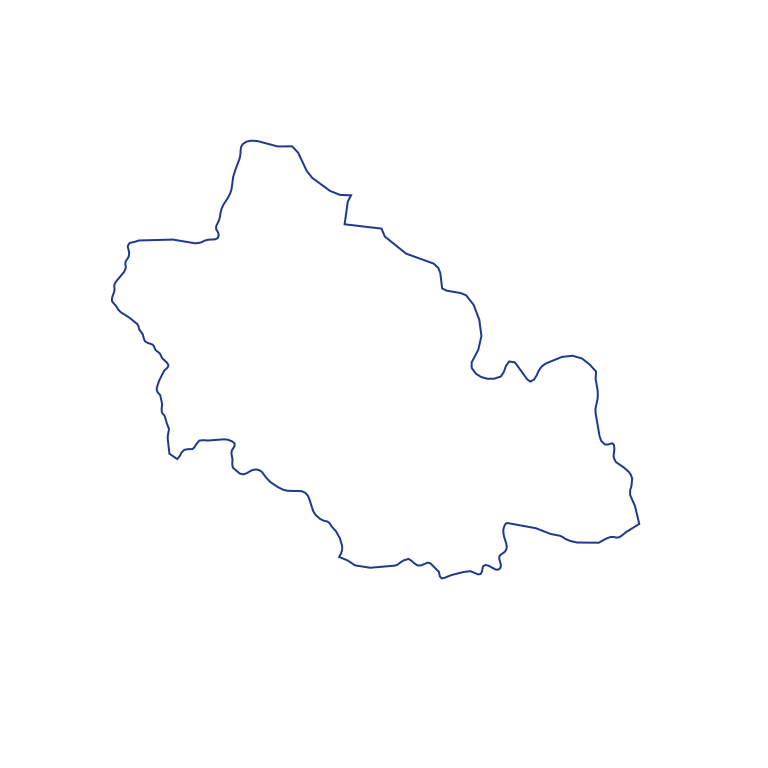 map outline of Allier (Natural Earth projection), rotated 205°
{"feature_id": "FRA-5264", "entity_name": "Allier", "entity_type": "Metropolitan department", "adm_level": 1, "iso_a3": "FRA", "parent_name": "France", "parent_adm1": "", "projection": "natural_earth1", "projection_center": [3.256, 46.375], "detail": "fine", "context": "isolated", "style": "outline", "palette": "blue", "viewbox_px": 768, "rotation_deg": 205, "n_neighbors": 0, "source": "natural_earth", "source_scale": "10m", "svg_char_len": 3885}
<svg xmlns="http://www.w3.org/2000/svg" viewBox="0 0 768 768"><g transform="rotate(205 384 384)"><path d="M347.0,499.1L336.1,493.5L324.8,482.5L316.0,468.7L313.0,454.8L313.7,440.6L311.3,435.6L304.9,432.1L298.8,431.4L292.3,432.5L286.2,435.5L281.3,440.2L280.5,445.3L281.1,451.9L280.1,457.3L274.4,458.9L256.3,448.8L252.4,448.0L249.9,451.5L249.3,456.3L249.4,461.5L248.6,466.2L246.1,470.9L234.2,483.7L225.1,489.3L215.2,490.8L205.4,488.4L197.1,484.9L194.4,478.1L187.5,468.2L185.4,464.0L184.0,460.3L182.0,451.2L179.9,447.0L166.5,427.7L162.9,424.1L158.3,422.6L155.5,423.7L152.2,426.7L150.0,426.1L148.0,423.0L147.0,420.4L145.6,415.9L143.8,413.5L140.8,411.3L131.4,409.7L125.0,407.8L121.9,406.0L119.2,403.3L116.6,396.1L116.0,391.6L114.0,387.4L105.0,379.5L93.5,365.0L102.2,351.8L104.7,346.6L106.1,344.5L108.4,343.0L111.1,342.5L114.1,341.0L117.2,337.9L122.3,330.9L142.1,321.9L148.7,320.5L154.0,320.2L157.3,320.8L160.4,320.8L169.7,318.5L185.3,317.5L213.2,310.2L214.5,309.2L214.9,307.2L214.8,305.2L214.5,303.4L214.0,301.6L212.7,299.3L210.8,296.5L205.9,291.2L203.9,288.3L203.2,285.5L203.7,282.7L206.2,278.4L206.6,276.8L205.9,274.6L202.0,270.0L200.9,267.6L201.1,265.3L202.5,263.7L204.5,263.0L212.2,263.5L215.4,263.0L217.2,260.5L215.9,254.9L216.2,252.6L218.2,251.2L226.6,250.9L232.3,247.3L242.1,239.4L247.4,233.7L249.5,232.2L252.1,233.2L253.3,234.9L255.0,237.0L266.2,241.1L268.9,240.6L273.9,235.1L277.1,233.7L281.2,234.4L284.7,235.5L287.9,235.8L291.5,232.6L293.4,229.8L295.7,225.5L297.7,223.8L318.9,211.6L333.6,207.4L342.3,208.7L351.6,208.3L351.3,212.4L351.6,214.5L352.0,216.3L352.6,217.8L354.0,220.2L358.8,225.5L365.2,230.2L371.6,232.9L374.2,234.7L375.7,235.2L377.4,235.4L380.7,234.6L384.7,234.7L390.5,236.3L394.5,238.9L403.2,248.3L405.9,250.7L409.4,252.1L413.3,252.1L426.6,246.3L431.0,245.6L436.4,245.7L445.5,247.1L450.7,249.1L457.5,252.7L460.6,253.2L463.9,252.5L467.4,249.9L471.2,244.5L473.5,242.6L476.9,241.9L485.5,244.3L487.4,246.7L489.7,252.1L491.7,254.7L493.3,257.4L493.8,260.0L493.4,262.6L493.3,265.2L494.6,267.2L497.8,267.8L502.1,267.5L505.9,266.1L519.8,258.3L524.3,256.6L527.5,254.6L528.7,250.2L529.0,246.9L530.0,244.1L534.1,242.1L537.1,240.0L538.6,236.3L538.6,233.1L539.1,230.4L539.7,228.6L549.0,230.1L557.2,243.5L558.2,246.2L559.3,250.6L560.0,252.6L564.3,256.6L565.2,257.7L569.0,262.0L570.3,262.9L572.0,263.5L573.6,264.8L574.9,267.2L576.6,272.1L582.1,279.3L586.1,281.1L587.3,282.4L588.3,284.6L589.2,291.7L588.9,302.6L588.5,304.3L587.2,307.2L587.0,308.8L587.7,310.3L590.2,311.8L595.6,313.5L596.4,314.0L599.4,316.5L600.8,317.2L604.3,317.9L605.9,318.6L607.0,319.5L608.0,320.5L609.1,321.4L610.6,321.9L615.6,321.4L617.3,321.5L618.9,321.9L620.3,323.1L623.9,327.3L628.9,330.0L629.5,330.7L630.8,332.5L631.9,333.4L633.3,334.2L642.8,336.5L652.8,337.8L656.1,339.0L660.1,341.6L664.5,343.5L665.3,344.0L666.1,345.1L666.8,346.9L667.3,350.1L667.4,353.0L667.9,355.0L668.6,356.6L669.5,358.0L670.3,359.9L670.4,361.9L670.1,363.8L667.0,375.5L666.9,378.4L667.3,380.5L667.9,381.7L668.8,382.9L669.4,384.1L669.9,385.6L669.7,387.6L669.3,390.0L669.3,391.8L669.7,393.4L670.3,394.9L671.2,396.3L672.4,397.9L673.4,399.0L674.0,399.7L674.4,400.7L674.5,402.0L674.3,403.3L673.9,404.5L670.1,407.4L666.8,410.5L636.3,425.7L614.6,431.7L611.6,433.5L609.5,435.2L608.6,436.2L607.7,437.4L606.3,438.9L604.1,440.6L598.4,443.6L596.5,445.7L596.6,448.9L598.0,450.8L599.2,451.8L601.0,452.9L602.0,454.2L602.8,456.2L602.7,462.2L603.3,466.3L604.4,469.7L605.3,474.0L605.3,478.8L604.1,487.0L604.0,492.0L604.5,496.1L608.2,507.9L609.2,514.9L610.1,526.8L610.7,529.8L611.7,532.8L612.9,535.6L613.7,538.8L613.3,542.0L610.8,545.8L606.8,548.6L601.4,550.7L580.6,554.4L567.7,560.6L559.5,557.3L544.3,544.6L536.0,540.4L514.5,536.2L503.7,536.8L493.6,541.1L493.9,534.0L487.2,512.1L451.9,523.8L445.6,518.0L419.1,511.5L390.0,514.1L383.9,512.2L379.9,508.4L371.7,495.2L366.6,495.1L353.0,498.8L347.0,499.1Z" fill="none" stroke="#1e3a8a" stroke-width="2"/></g></svg>